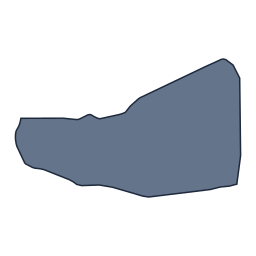 map outline of Pathum Thani (orthographic projection)
{"feature_id": "THA-413", "entity_name": "Pathum Thani", "entity_type": "Province", "adm_level": 1, "iso_a3": "THA", "parent_name": "Thailand", "parent_adm1": "", "projection": "orthographic", "projection_center": [100.58, 14.09], "detail": "fine", "context": "isolated", "style": "filled", "palette": "slate", "viewbox_px": 256, "rotation_deg": 0, "n_neighbors": 0, "source": "natural_earth", "source_scale": "10m", "svg_char_len": 729}
<svg xmlns="http://www.w3.org/2000/svg" viewBox="0 0 256 256"><path d="M223.4,59.0L225.8,59.6L233.1,65.1L239.7,78.1L240.6,155.6L237.1,181.9L236.9,184.1L229.4,186.1L220.3,187.0L210.4,189.5L148.7,197.0L142.8,196.1L112.4,187.2L99.2,185.0L81.7,185.6L76.7,184.4L73.4,181.9L69.1,179.6L43.6,169.5L39.0,168.6L34.9,168.2L32.4,167.4L25.6,163.9L24.6,162.7L16.9,146.4L16.2,143.9L15.5,139.5L15.4,136.6L15.6,133.5L16.2,130.9L19.0,125.7L20.2,121.9L20.9,118.3L63.2,118.2L75.7,119.5L77.9,119.5L79.8,118.9L88.0,114.8L89.9,114.5L91.3,114.9L94.5,116.8L97.3,118.1L98.7,118.6L100.2,118.7L119.4,114.5L123.1,113.3L125.4,112.3L130.2,106.2L138.0,99.2L140.1,97.7L204.8,66.9L221.5,59.3L223.4,59.0Z" fill="#64748b" stroke="#1e293b" stroke-width="1.5"/></svg>